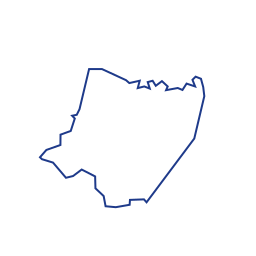 the district of Bourbon, Kentucky, United States of America, rotated 323°
{"feature_id": "52423323B16131494513881", "entity_name": "Bourbon", "entity_type": "district", "adm_level": 2, "iso_a3": "USA", "parent_name": "United States of America", "parent_adm1": "Kentucky", "projection": "natural_earth1", "projection_center": [-84.211, 38.219], "detail": "fine", "context": "isolated", "style": "outline", "palette": "blue", "viewbox_px": 256, "rotation_deg": 323, "n_neighbors": 0, "source": "geoboundaries", "source_scale": "gbopen_adm2", "svg_char_len": 706}
<svg xmlns="http://www.w3.org/2000/svg" viewBox="0 0 256 256"><g transform="rotate(323 128 128)"><path d="M55.2,133.3L66.0,133.3L72.6,146.9L65.7,156.6L67.6,167.7L63.0,177.0L70.6,183.9L83.1,190.3L86.3,186.6L97.8,194.6L98.1,198.5L174.6,176.3L208.1,148.5L212.7,140.6L215.9,132.6L212.9,127.7L208.5,128.3L206.6,135.2L201.5,127.8L194.4,130.4L191.8,126.0L181.2,120.7L184.7,118.7L183.3,111.0L175.6,111.0L176.1,105.1L171.4,103.2L169.1,109.6L166.0,104.6L159.8,102.0L165.8,97.3L156.1,92.9L155.2,88.6L142.7,65.3L132.4,57.5L100.6,83.8L95.0,86.6L90.8,84.6L91.2,88.4L80.5,95.9L70.1,92.7L63.8,100.9L49.6,96.4L40.1,98.4L40.5,101.1L47.3,110.5L48.5,130.4L55.2,133.3Z" fill="none" stroke="#1e3a8a" stroke-width="2"/></g></svg>